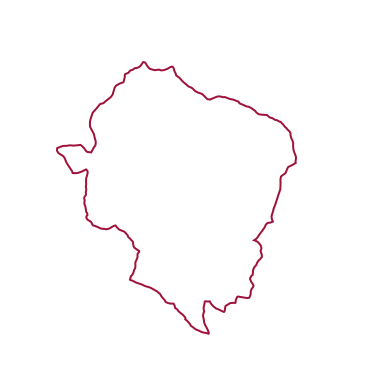 Soe, Thimphu, Bhutan, rotated 70°
{"feature_id": "84629894B34921780137315", "entity_name": "Soe", "entity_type": "district", "adm_level": 2, "iso_a3": "BTN", "parent_name": "Bhutan", "parent_adm1": "Thimphu", "projection": "orthographic", "projection_center": [89.325, 27.786], "detail": "fine", "context": "isolated", "style": "outline", "palette": "rose", "viewbox_px": 384, "rotation_deg": 70, "n_neighbors": 0, "source": "geoboundaries", "source_scale": "gbopen_adm2", "svg_char_len": 4736}
<svg xmlns="http://www.w3.org/2000/svg" viewBox="0 0 384 384"><g transform="rotate(70 192 192)"><path d="M200.2,84.6L199.2,84.5L195.4,82.5L193.3,82.2L191.0,82.3L188.7,82.3L186.4,82.1L183.2,81.2L180.6,80.2L177.8,80.0L175.1,80.3L172.4,80.0L170.3,79.3L168.4,79.7L166.1,80.8L163.9,81.6L161.8,82.7L159.4,83.3L157.9,84.2L156.5,84.6L156.0,85.4L154.7,86.7L154.0,87.1L152.4,89.5L150.1,91.2L148.6,93.4L145.2,95.3L144.0,98.3L143.0,100.4L141.8,102.6L139.7,104.1L137.3,105.0L135.2,106.4L133.3,107.6L131.2,109.7L130.0,111.8L127.9,113.8L126.4,115.4L125.1,116.9L122.9,117.5L121.2,119.5L119.1,121.9L117.7,124.4L115.1,127.4L114.0,128.7L113.5,130.6L112.4,131.9L111.5,133.7L111.0,135.1L111.0,137.3L111.1,140.1L111.3,143.5L109.9,145.9L107.7,146.9L105.5,147.9L103.4,149.0L101.8,150.8L100.3,152.7L98.1,154.7L95.6,155.7L93.8,156.8L91.6,159.2L89.6,160.3L87.2,161.7L84.1,163.3L80.7,164.6L77.0,167.0L75.2,166.8L73.6,167.0L72.0,167.1L71.1,167.1L69.6,166.9L67.7,167.3L67.3,168.2L67.2,169.5L67.8,172.5L67.9,175.4L67.9,176.6L67.2,179.4L65.7,181.2L64.8,185.3L62.8,188.2L61.5,189.7L59.5,190.6L58.3,190.9L54.4,191.7L53.5,192.9L53.2,193.4L55.9,197.3L56.5,199.0L56.6,202.2L56.2,202.6L56.1,203.8L56.8,205.5L56.8,208.8L57.5,209.8L58.1,210.8L58.3,211.8L58.3,213.4L58.5,214.6L59.3,215.3L61.2,215.9L62.2,216.7L65.2,218.7L65.4,219.1L65.4,220.8L65.4,222.9L65.4,223.8L65.8,225.1L65.8,226.1L66.4,227.5L67.6,229.1L69.8,230.6L71.7,232.2L72.7,232.7L73.7,233.8L75.1,236.0L76.1,239.0L76.6,240.7L77.2,242.4L77.9,244.0L78.2,244.8L78.2,245.9L78.0,247.0L78.0,248.5L80.6,252.8L83.7,258.4L89.1,262.6L90.7,263.6L93.2,264.7L96.1,265.5L98.0,265.2L104.0,264.4L107.2,264.8L108.8,265.0L110.4,265.0L112.3,265.4L115.0,266.7L116.7,269.2L119.7,272.5L120.3,273.2L118.8,276.3L117.7,277.4L116.1,277.8L113.7,278.5L111.2,279.6L109.6,280.7L109.0,283.3L108.1,286.9L106.4,290.7L105.6,294.5L104.7,297.0L104.5,300.5L104.7,303.7L106.9,304.7L109.4,304.3L111.3,303.1L113.7,301.1L116.1,300.1L121.5,299.9L128.0,298.4L131.5,297.6L133.4,297.6L134.5,295.0L135.1,292.3L135.1,290.2L135.1,288.1L134.6,284.6L134.5,283.9L136.4,283.0L138.3,283.5L140.4,284.8L142.8,286.7L146.0,288.0L148.8,288.9L150.5,289.9L153.6,290.5L155.7,291.8L158.5,292.7L159.8,294.7L161.1,295.5L162.6,295.6L164.2,296.2L165.5,297.0L167.5,297.2L169.5,297.2L171.2,297.5L173.2,298.0L174.9,298.1L176.4,297.8L177.9,298.1L178.8,299.5L180.1,300.1L181.9,299.8L185.6,297.1L189.4,296.6L190.6,295.0L192.3,293.0L195.3,290.0L196.6,287.2L197.7,285.4L198.0,283.4L198.0,281.7L197.5,279.2L197.1,277.1L197.3,275.3L199.4,274.7L202.4,273.3L206.2,269.1L210.6,267.3L212.5,267.3L214.7,266.1L215.4,265.9L218.2,264.7L218.9,264.6L221.4,265.2L222.6,265.4L224.2,265.3L225.4,264.7L227.8,263.1L229.3,261.8L230.2,262.1L230.9,263.4L231.2,264.0L232.3,264.7L234.5,265.4L237.5,268.0L238.8,269.3L242.4,270.6L244.2,271.5L245.5,273.1L248.2,275.0L249.5,276.6L250.3,278.3L251.5,279.0L253.0,280.2L253.5,280.2L255.1,278.1L257.0,276.4L257.9,275.6L261.9,270.6L264.3,268.4L267.5,264.0L270.2,261.6L273.5,258.8L276.9,256.9L279.6,256.4L280.9,256.0L284.4,254.6L286.3,254.4L288.1,252.6L289.5,250.4L290.6,247.5L292.7,247.2L293.9,247.3L295.3,247.5L297.1,246.1L299.5,245.4L302.4,243.8L304.4,242.5L306.8,241.6L307.7,241.2L308.5,241.4L309.3,241.9L311.2,240.7L313.2,239.9L315.7,239.0L317.4,238.8L319.0,237.6L321.1,236.3L322.2,235.6L325.1,232.5L326.9,230.8L328.3,228.8L329.4,226.8L330.8,224.9L330.0,224.3L328.7,224.4L326.5,224.4L323.5,224.8L322.8,225.0L320.1,225.2L318.5,225.1L316.1,224.6L312.2,224.0L311.6,223.8L310.6,223.1L309.5,222.5L308.6,221.5L307.0,221.3L305.8,221.0L304.2,220.4L301.3,218.5L300.0,217.9L299.3,217.5L299.4,216.5L300.0,215.4L300.9,212.7L301.7,212.7L303.9,212.2L306.9,211.0L309.8,209.1L312.0,206.6L314.2,204.6L315.5,203.2L315.6,202.7L315.2,202.2L313.3,201.1L312.1,200.4L310.9,199.8L310.4,199.0L310.2,197.5L309.6,194.8L309.6,193.9L309.9,192.4L311.0,189.1L308.7,187.9L307.8,187.2L306.1,185.4L306.0,184.4L307.5,181.9L308.2,180.6L309.9,177.6L310.7,175.9L310.9,175.1L310.9,174.4L310.4,173.8L308.7,172.2L307.3,171.5L306.3,171.1L305.0,170.5L303.7,169.3L302.5,167.6L301.6,166.5L300.7,166.2L300.0,166.2L296.3,167.1L294.9,167.1L293.9,167.3L292.6,166.7L291.0,164.6L290.6,163.3L286.1,161.2L284.0,159.2L282.6,156.6L280.7,154.9L279.5,153.4L277.9,150.2L276.9,148.5L275.0,147.9L272.1,147.8L270.7,147.7L269.3,146.4L268.2,145.9L266.0,145.7L263.2,146.5L261.2,147.4L259.7,148.8L258.6,150.1L258.2,148.4L257.6,146.8L255.0,143.2L253.7,141.2L251.8,138.3L249.8,135.5L248.3,134.2L247.4,132.8L247.0,131.4L247.5,128.8L247.5,126.1L246.0,126.2L244.5,126.2L241.7,125.4L237.7,122.3L235.8,121.2L232.9,118.6L229.3,115.7L225.4,112.7L219.5,108.0L213.8,105.7L210.7,104.7L207.9,103.1L207.2,101.2L206.3,97.8L204.1,95.7L202.1,93.9L201.4,92.9L201.1,90.3L201.0,88.8L200.2,84.6Z" fill="none" stroke="#9f1239" stroke-width="2"/></g></svg>